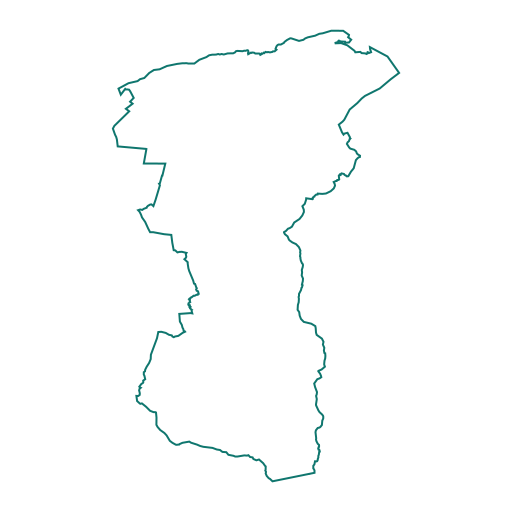 outline of Petricani, Neamt, Romania
{"feature_id": "2599482B98903803240135", "entity_name": "Petricani", "entity_type": "district", "adm_level": 2, "iso_a3": "ROU", "parent_name": "Romania", "parent_adm1": "Neamt", "projection": "natural_earth1", "projection_center": [26.456, 47.138], "detail": "fine", "context": "isolated", "style": "outline", "palette": "teal", "viewbox_px": 512, "rotation_deg": 0, "n_neighbors": 0, "source": "geoboundaries", "source_scale": "gbopen_adm2", "svg_char_len": 6006}
<svg xmlns="http://www.w3.org/2000/svg" viewBox="0 0 512 512"><path d="M399.1,72.9L387.5,56.5L369.9,47.1L370.1,49.1L371.1,52.2L369.0,53.0L367.7,52.1L367.4,52.3L367.4,53.5L366.5,54.0L365.3,53.4L361.6,53.1L360.4,51.9L355.3,52.3L354.5,50.8L347.3,45.3L341.1,43.1L335.6,43.3L335.5,42.8L338.2,41.9L338.4,40.9L338.9,40.6L339.3,41.0L341.3,41.5L345.0,41.7L345.1,42.6L345.4,42.7L349.0,42.5L351.2,39.7L348.1,37.2L348.8,36.0L349.0,34.9L343.2,30.8L331.4,30.7L322.7,33.3L319.3,33.8L315.1,35.7L307.9,37.3L305.2,38.4L303.4,39.8L299.0,40.9L291.4,38.4L290.2,38.3L287.0,40.0L284.5,41.9L283.9,42.9L280.9,44.5L278.6,44.5L277.5,45.1L276.5,46.3L275.5,48.9L276.5,49.7L274.7,51.3L272.9,51.4L272.4,51.9L270.0,52.4L268.0,52.0L267.0,52.3L265.5,51.9L264.3,53.1L263.6,52.7L262.6,53.7L261.6,54.1L261.4,53.8L260.9,54.6L260.3,54.9L259.7,53.7L259.0,53.5L255.2,53.5L254.3,52.8L252.6,52.5L251.4,52.9L251.0,52.6L248.2,54.2L248.0,53.3L248.4,51.6L248.1,50.5L247.3,50.2L245.5,50.8L244.2,50.7L242.5,51.2L237.3,50.9L236.0,51.2L235.0,52.4L233.2,53.3L227.7,53.4L223.8,54.5L221.6,54.0L219.8,54.5L218.2,54.0L216.0,54.6L212.1,54.7L209.1,55.3L206.4,57.1L199.3,59.8L194.4,63.5L188.1,63.5L186.7,63.2L182.1,63.3L177.2,63.9L166.9,66.0L159.6,69.3L153.9,70.0L149.3,72.9L144.3,78.0L140.0,79.2L137.6,81.1L128.5,83.2L118.5,88.6L120.8,94.7L125.2,88.9L125.8,89.5L127.1,89.4L129.1,89.7L130.2,91.3L133.7,97.9L130.1,101.7L132.6,103.7L125.9,108.8L129.2,111.3L114.4,125.8L112.9,128.6L115.0,134.6L116.2,137.0L116.9,139.5L117.7,146.4L146.1,148.9L146.4,149.0L143.8,163.5L165.3,163.6L162.4,175.6L162.0,175.6L159.7,183.9L159.2,183.9L159.9,185.3L155.6,199.7L153.4,206.1L151.5,204.4L150.3,204.5L148.0,205.8L146.9,206.9L146.7,207.7L143.6,208.9L142.3,209.9L140.1,209.5L138.1,210.2L139.6,211.8L141.0,214.6L142.0,217.4L145.2,222.0L148.3,228.8L150.1,232.2L153.2,232.2L164.1,234.2L171.3,234.9L172.3,242.8L173.7,250.2L175.3,250.4L177.4,252.4L179.5,251.9L181.9,251.8L186.5,252.9L185.8,254.0L186.3,256.8L185.8,257.9L184.4,259.2L187.7,262.2L187.7,263.7L188.4,268.3L189.2,271.0L193.2,280.6L194.0,283.6L195.1,284.0L196.3,287.5L196.8,288.2L196.1,289.4L196.7,290.8L197.8,291.1L198.1,291.6L198.7,293.8L198.0,294.0L197.7,294.8L196.7,294.7L194.6,295.8L193.6,295.7L191.8,297.2L191.3,297.2L190.3,298.4L189.7,298.4L189.0,299.2L189.9,299.9L189.9,300.6L189.6,300.9L190.2,302.1L188.5,303.3L188.3,304.7L188.8,305.3L189.7,305.1L190.0,306.0L189.4,307.0L189.9,307.5L190.4,307.4L190.1,308.4L191.8,309.8L191.5,310.0L191.7,311.2L192.3,313.4L190.6,313.1L179.3,313.9L179.9,321.6L181.8,324.9L182.5,327.7L183.2,328.8L183.7,330.9L184.9,331.4L185.1,331.7L182.7,332.8L178.3,335.9L175.0,336.5L173.8,337.2L172.4,336.5L171.8,335.4L169.0,334.8L165.7,332.9L161.3,331.8L158.3,332.0L157.0,338.2L150.9,354.7L150.7,359.1L149.1,363.0L146.7,366.7L145.2,369.7L145.0,371.3L143.8,372.2L143.8,374.6L144.4,375.7L145.2,379.2L143.2,380.6L143.3,382.3L142.8,383.1L141.4,383.9L139.3,386.7L139.8,387.4L140.7,387.8L139.6,388.7L139.1,390.3L139.8,393.2L139.7,394.9L138.2,396.0L136.4,395.9L137.1,401.0L139.7,403.4L140.3,403.8L141.9,403.4L146.0,406.7L150.1,410.8L153.4,412.1L155.5,412.2L156.0,412.5L156.5,417.6L156.4,424.8L157.6,427.0L160.3,430.1L164.4,433.0L166.6,435.4L169.8,440.8L172.4,442.8L175.8,444.7L176.6,444.8L179.3,444.5L179.5,444.1L182.5,442.8L189.3,441.6L191.0,442.7L197.0,444.6L200.2,446.0L203.3,446.8L212.5,447.9L216.8,449.5L220.0,450.0L222.4,451.9L226.3,452.2L228.4,454.8L233.5,455.8L235.1,456.5L237.6,456.5L244.3,455.4L247.1,455.6L248.4,455.2L250.1,457.0L252.6,457.4L253.4,459.0L256.4,460.3L259.0,459.5L263.2,463.2L265.0,465.8L265.7,466.4L265.6,469.9L265.3,470.5L266.0,471.9L265.7,473.5L266.7,475.9L268.7,478.2L270.0,478.9L272.5,481.3L314.5,472.8L314.5,470.6L314.1,469.5L313.3,468.4L313.3,465.8L314.4,464.4L315.0,461.3L316.7,461.4L317.2,461.1L317.8,459.8L317.7,459.2L318.4,457.3L318.3,456.0L318.8,454.8L319.2,451.9L319.7,451.8L319.8,451.4L319.3,449.8L318.6,449.7L318.2,448.6L318.8,447.3L318.6,447.2L319.1,446.0L319.0,444.9L317.7,443.7L316.4,441.1L316.0,439.4L316.2,438.3L315.5,432.2L315.9,430.3L317.7,428.0L319.6,427.5L320.4,426.9L321.9,425.0L322.3,420.6L323.2,418.6L323.3,416.9L323.1,415.9L322.2,414.6L319.5,412.1L318.4,410.4L316.1,405.4L316.0,404.4L316.8,399.1L316.1,395.9L316.7,394.4L317.0,392.1L315.1,387.1L314.2,383.5L317.3,379.2L319.5,378.4L321.3,377.2L321.0,375.9L320.1,373.7L318.3,371.3L318.4,370.9L321.6,369.5L324.9,366.7L324.2,364.6L324.2,363.8L324.5,360.7L325.2,358.4L325.4,356.0L325.2,353.3L324.4,353.0L323.9,350.5L324.3,347.8L322.9,344.6L323.5,341.8L321.9,338.6L316.7,334.9L316.0,332.6L315.7,328.1L315.3,326.1L311.3,323.7L303.8,321.9L301.0,319.0L299.7,315.7L299.2,312.1L297.6,309.8L297.9,304.9L298.7,302.2L298.9,298.7L298.6,297.0L299.0,295.9L299.0,293.9L301.0,290.1L301.5,287.8L301.9,287.5L302.6,285.2L301.9,284.8L302.8,281.1L303.0,278.6L301.7,275.5L302.1,272.4L301.8,270.0L302.7,267.1L303.0,265.0L302.5,263.6L302.0,263.3L300.8,260.5L300.4,258.3L300.4,257.2L300.0,256.3L300.4,253.4L300.1,252.4L300.4,250.5L298.9,247.1L296.0,244.1L292.3,242.4L289.7,240.5L288.9,239.6L287.6,236.4L284.9,234.2L284.0,232.5L284.1,232.0L285.9,231.0L288.0,228.7L289.7,228.1L291.9,226.7L294.2,222.5L299.5,219.0L302.3,215.5L303.9,212.0L303.8,209.7L302.4,206.2L304.8,203.8L306.1,199.7L306.2,198.3L312.5,199.2L312.9,198.8L312.6,198.0L313.2,197.2L314.4,196.6L314.5,196.0L316.2,194.6L317.6,194.5L317.8,193.6L322.4,193.9L326.0,193.5L330.7,191.2L333.8,188.4L335.0,185.7L334.7,184.0L333.7,182.0L335.9,181.0L336.7,181.0L337.2,180.0L338.6,179.9L339.2,179.4L338.8,175.7L339.8,174.5L341.0,175.6L340.5,174.3L341.5,173.4L344.0,174.0L344.5,174.8L345.9,175.7L346.3,175.7L346.9,176.4L348.3,176.2L351.0,171.6L353.7,168.3L355.9,160.1L357.6,158.2L358.8,157.3L359.9,157.0L360.0,155.7L358.0,154.5L356.9,153.5L356.1,151.4L354.3,149.8L350.3,148.6L349.2,147.5L346.9,143.9L347.6,142.3L348.9,141.2L349.4,139.8L350.3,138.6L349.8,138.4L349.9,137.2L347.5,132.8L344.4,133.6L343.5,134.6L342.0,132.3L338.8,124.6L342.6,121.6L344.3,119.7L349.7,109.5L357.3,103.1L361.7,98.5L365.0,95.9L379.7,88.5L390.8,79.2L399.1,72.9Z" fill="none" stroke="#0f766e" stroke-width="2"/></svg>